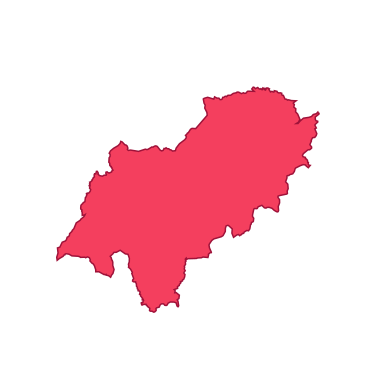 the district of Axutla, Puebla, Mexico, rotated 233°
{"feature_id": "50627088B68162704066779", "entity_name": "Axutla", "entity_type": "district", "adm_level": 2, "iso_a3": "MEX", "parent_name": "Mexico", "parent_adm1": "Puebla", "projection": "robinson", "projection_center": [-98.393, 18.185], "detail": "fine", "context": "isolated", "style": "filled", "palette": "rose", "viewbox_px": 384, "rotation_deg": 233, "n_neighbors": 0, "source": "geoboundaries", "source_scale": "gbopen_adm2", "svg_char_len": 6039}
<svg xmlns="http://www.w3.org/2000/svg" viewBox="0 0 384 384"><g transform="rotate(233 192 192)"><path d="M254.4,267.3L253.1,265.3L258.2,261.5L259.5,258.1L259.5,257.0L255.7,255.1L253.4,254.8L251.4,252.7L246.6,251.8L244.1,250.3L240.4,233.1L242.8,230.3L243.0,228.6L241.6,224.8L241.8,223.8L241.2,222.3L241.2,220.9L239.6,220.8L238.7,219.8L238.1,217.7L238.1,211.1L236.6,205.8L235.0,203.6L236.4,201.1L238.2,200.6L239.2,199.7L240.5,199.5L241.6,198.2L242.9,197.9L242.9,196.4L243.6,195.9L242.6,193.9L243.1,192.5L244.5,191.8L249.3,191.7L250.6,190.9L251.2,189.6L251.3,187.8L252.1,187.1L252.6,182.4L253.0,181.5L254.3,180.5L256.6,173.8L262.5,168.1L263.5,166.2L264.9,166.0L265.6,167.2L267.7,167.9L269.2,167.6L270.1,166.8L273.9,166.4L275.3,165.6L274.0,163.8L273.5,160.9L274.1,155.7L273.9,151.7L272.8,149.2L271.5,149.3L270.7,148.8L269.7,147.9L269.2,146.4L265.8,143.5L264.6,143.6L262.5,142.3L261.0,142.8L260.8,142.4L259.5,142.6L259.0,142.2L257.0,142.0L257.0,140.4L256.4,139.8L257.0,137.3L257.9,136.6L259.2,136.3L259.6,135.2L258.5,134.3L257.4,134.2L257.1,133.6L258.4,131.7L258.5,130.0L260.5,128.2L262.0,127.8L263.0,127.7L263.4,128.5L265.5,128.8L266.0,128.1L264.4,126.0L265.2,125.2L264.6,124.2L262.8,123.1L262.9,121.8L262.4,121.3L261.8,119.3L261.3,119.1L261.1,117.0L261.4,116.2L260.4,116.0L260.2,115.1L259.5,115.0L259.0,113.9L258.6,114.5L256.7,112.5L255.0,112.6L253.8,111.1L253.3,108.8L254.1,107.8L254.3,106.8L254.1,106.6L253.4,106.9L251.8,104.3L251.7,103.5L248.7,100.6L249.0,98.7L248.5,97.8L248.5,96.2L248.0,95.1L246.0,93.3L245.0,92.9L243.9,93.3L243.1,92.4L241.8,92.0L239.4,90.3L239.2,91.1L238.4,91.6L238.3,92.9L237.9,92.2L237.3,90.5L237.2,86.8L236.7,85.8L237.0,81.0L233.8,75.6L233.4,73.2L232.8,72.4L232.4,69.2L231.2,68.1L230.7,66.7L231.0,65.1L229.5,63.0L229.1,61.5L230.0,58.1L227.5,53.3L228.3,50.9L223.9,48.3L221.3,44.7L218.6,43.2L218.7,45.8L218.2,50.3L218.7,52.1L218.3,52.7L218.8,53.5L218.4,54.4L216.3,56.4L213.3,57.6L209.3,62.3L207.9,63.4L207.0,63.5L204.4,67.2L203.5,67.5L203.1,69.5L201.3,70.5L199.1,70.0L198.4,69.0L195.2,69.3L194.3,69.8L191.9,69.7L187.8,68.3L186.2,67.1L184.3,69.7L178.9,72.1L178.7,72.7L178.0,73.0L177.8,73.8L177.2,73.5L175.4,75.0L172.9,75.7L174.1,77.9L174.5,79.8L177.0,83.1L181.0,84.5L183.6,86.5L185.5,87.2L186.2,87.0L188.0,87.9L189.9,88.0L190.2,91.5L190.8,93.2L189.4,95.3L188.7,99.6L182.7,101.5L180.8,103.4L176.8,102.1L173.9,99.8L172.6,97.8L170.7,96.8L170.2,96.0L167.5,96.5L163.9,96.0L163.5,95.8L163.2,94.9L158.2,93.4L157.7,92.9L157.5,91.8L156.6,90.9L155.5,91.2L154.3,92.8L154.0,92.4L152.5,92.5L150.0,90.9L148.9,91.0L147.6,90.1L146.6,90.3L145.6,89.5L144.5,90.4L143.3,90.3L141.9,88.6L141.1,89.2L140.1,88.4L137.1,88.5L136.0,87.5L135.6,88.4L134.5,88.0L134.5,87.3L133.6,86.7L133.3,85.8L134.0,85.3L134.0,84.7L132.1,83.9L131.7,84.2L131.3,85.8L129.9,87.7L129.3,87.4L128.3,87.8L127.6,87.5L124.5,88.3L123.0,86.8L122.4,86.8L121.7,87.2L120.9,88.3L119.1,89.1L118.7,90.0L118.8,91.4L119.1,92.2L120.6,93.1L120.8,93.9L119.8,96.6L120.9,98.3L121.1,99.7L120.9,100.6L119.7,102.0L117.9,102.1L116.9,103.1L116.7,104.1L117.6,106.0L117.2,108.5L114.9,111.4L113.1,112.6L110.1,111.5L109.2,111.5L108.7,112.0L109.2,112.9L113.3,115.1L114.8,115.3L114.8,117.4L117.2,119.8L121.2,118.8L121.9,117.6L123.2,119.1L124.8,119.0L123.7,122.5L125.2,123.5L125.0,125.6L125.8,126.3L126.2,128.5L127.3,128.8L126.7,130.8L127.5,131.6L127.3,132.8L128.6,135.0L130.4,136.8L131.8,136.6L132.6,137.2L133.2,139.2L135.2,139.5L136.4,140.9L137.4,141.2L138.1,143.3L140.2,144.6L140.4,145.6L141.9,145.9L142.6,146.6L142.7,147.6L141.4,147.0L141.2,148.6L136.3,155.5L135.9,156.9L133.9,159.8L133.4,161.7L130.1,165.3L131.7,167.3L132.4,167.6L132.6,170.1L132.0,170.9L132.2,171.2L136.8,172.3L139.3,173.6L139.9,174.3L141.4,178.6L141.4,181.2L138.6,188.6L138.5,190.6L140.4,194.8L143.0,196.9L144.4,198.9L143.9,200.4L143.2,201.0L138.3,201.9L135.1,199.1L130.8,197.9L130.7,201.8L130.2,203.4L128.4,203.8L128.5,204.8L128.2,205.4L128.5,207.4L127.9,208.3L128.6,209.7L128.3,212.6L127.0,213.8L127.7,215.9L130.7,219.1L130.7,219.8L131.9,221.2L131.5,222.6L131.7,223.4L133.9,225.5L136.0,225.6L137.2,226.5L141.0,230.9L141.3,231.8L139.8,233.6L139.6,234.2L140.4,236.0L139.3,239.8L135.8,240.3L134.6,241.4L134.6,242.5L133.4,244.3L130.8,246.1L127.9,246.6L125.3,247.7L124.6,248.4L124.5,249.0L125.1,250.0L128.5,252.1L130.6,255.4L133.2,257.3L136.0,257.4L136.9,258.2L136.5,259.7L133.3,266.5L133.4,267.3L135.5,268.6L136.8,270.8L140.6,273.2L143.8,272.9L146.1,276.3L147.6,277.4L147.7,278.0L146.9,279.2L147.0,280.6L145.9,283.4L146.8,286.1L148.5,288.3L148.8,289.1L147.9,294.1L147.0,297.2L145.2,299.0L144.3,298.8L141.4,299.5L142.1,302.4L142.9,301.6L144.4,301.6L145.5,302.7L146.1,302.3L147.9,303.3L149.6,303.2L150.3,302.6L151.4,303.4L153.4,301.9L154.8,302.3L155.6,304.0L155.9,309.3L155.7,310.4L154.9,311.4L155.0,313.8L155.9,314.6L158.9,314.6L160.9,318.1L161.5,318.2L162.8,320.9L161.7,322.9L162.3,325.1L163.5,326.8L168.5,328.1L168.3,329.8L171.2,330.3L171.8,330.9L172.2,334.6L172.9,335.0L174.1,334.0L175.7,334.1L177.7,335.6L177.8,340.2L178.4,340.8L179.4,340.4L180.1,340.6L179.7,338.5L180.9,335.5L180.4,332.9L181.2,330.4L183.9,325.4L183.6,321.0L182.9,317.9L183.9,316.5L183.7,319.1L185.1,321.9L190.6,323.3L193.7,323.0L196.0,325.0L198.6,324.4L200.3,326.4L201.7,326.2L202.2,326.7L202.2,330.0L205.2,326.4L207.5,324.6L208.0,323.5L209.1,323.4L210.2,322.2L214.2,323.1L214.9,322.3L215.9,322.4L216.9,323.1L218.1,322.2L218.8,321.0L220.2,320.2L221.2,320.5L223.4,318.7L222.6,317.9L222.9,317.1L224.3,316.4L224.7,314.9L227.9,315.2L227.9,315.8L229.2,315.3L230.1,314.4L229.5,312.7L230.2,312.7L229.3,312.0L229.9,311.6L230.4,312.0L232.5,311.3L232.2,310.5L231.3,310.2L231.5,309.5L233.1,309.2L233.1,308.3L234.3,307.6L235.9,307.4L236.4,304.8L238.0,304.7L238.9,304.0L238.3,301.7L235.0,302.2L238.8,297.4L239.0,296.8L238.5,294.4L239.4,293.1L240.2,292.9L240.9,290.6L243.6,289.4L244.7,288.1L244.5,287.3L245.9,284.3L246.0,281.9L246.4,281.6L246.0,281.7L246.0,281.1L247.6,278.9L247.4,277.0L247.9,276.9L248.5,276.1L248.5,274.3L249.1,273.5L248.1,272.1L248.3,270.7L249.0,270.0L250.7,270.0L252.0,268.4L254.4,267.3Z" fill="#f43f5e" stroke="#9f1239" stroke-width="1.5"/></g></svg>